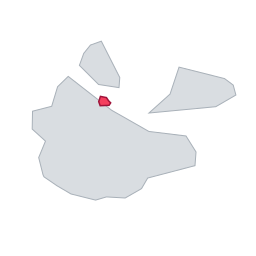 Hong Kong S.A.R., with Sham Shui Po highlighted, rotated 194°
{"feature_id": "HKG-5159", "entity_name": "Sham Shui Po", "entity_type": "state/province", "adm_level": 1, "iso_a3": "HKG", "parent_name": "Hong Kong S.A.R.", "parent_adm1": "", "projection": "orthographic", "projection_center": [114.161, 22.334], "detail": "fine", "context": "in_parent", "style": "filled", "palette": "rose", "viewbox_px": 256, "rotation_deg": 194, "n_neighbors": 0, "source": "natural_earth", "source_scale": "10m", "svg_char_len": 787}
<svg xmlns="http://www.w3.org/2000/svg" viewBox="0 0 256 256"><g transform="rotate(194 128 128)"><path d="M100.2,72.5L101.3,71.4L113.8,59.4L132.3,55.9L142.0,50.2L167.4,50.2L183.0,54.8L197.7,60.3L199.1,62.0L207.5,77.7L204.9,95.3L220.7,103.8L224.7,121.2L207.3,130.6L206.3,151.0L198.5,163.6L148.3,141.3L106.9,129.7L69.8,134.3L56.2,121.2L53.9,107.7L96.8,84.2L100.2,72.5ZM93.2,199.4L46.3,199.3L36.3,195.1L31.3,186.1L48.0,169.9L111.3,147.6L95.4,171.1L93.2,199.4ZM184.5,199.4L174.9,205.8L148.2,175.0L146.5,165.0L167.1,163.1L190.3,177.0L189.0,189.7L184.5,199.4Z" fill="#d9dde1" stroke="#a8b0b8" stroke-width="1"/><path d="M156.3,152.3L153.4,149.7L150.9,148.2L151.9,145.4L156.3,144.1L160.4,142.9L162.8,146.5L162.4,152.0L156.3,152.3Z" fill="#f43f5e" stroke="#9f1239" stroke-width="1.5"/></g></svg>